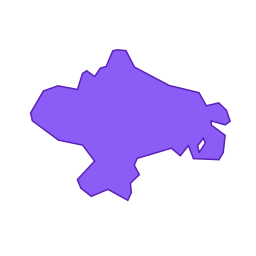 the border of Avellino, rotated 193°
{"feature_id": "ITA-5399", "entity_name": "Avellino", "entity_type": "Province", "adm_level": 1, "iso_a3": "ITA", "parent_name": "Italy", "parent_adm1": "", "projection": "albers", "projection_center": [15.029, 41.0], "detail": "coarse", "context": "isolated", "style": "filled", "palette": "violet", "viewbox_px": 256, "rotation_deg": 193, "n_neighbors": 0, "source": "natural_earth", "source_scale": "10m", "svg_char_len": 728}
<svg xmlns="http://www.w3.org/2000/svg" viewBox="0 0 256 256"><g transform="rotate(193 128 128)"><path d="M34.0,152.9L48.6,153.6L47.5,149.6L31.7,142.7L29.7,125.4L32.2,117.6L57.3,112.9L65.2,124.4L70.8,112.7L81.2,118.1L112.3,100.4L113.5,93.1L106.5,85.1L113.2,74.6L110.2,65.8L111.9,57.5L133.8,63.7L148.4,53.1L160.4,58.8L165.7,66.3L153.1,88.2L168.3,101.1L192.9,100.5L222.8,113.5L226.3,120.8L218.7,145.1L205.8,153.3L185.9,154.2L184.6,170.9L181.1,174.5L172.1,170.6L168.4,180.1L163.1,183.0L160.2,199.8L155.9,201.8L147.4,202.9L135.4,188.8L97.6,178.7L66.8,178.4L56.6,167.3L45.3,172.9L36.1,167.4L30.0,157.6L34.0,152.9ZM52.3,135.0L56.2,126.3L53.1,120.3L49.3,130.8L52.3,135.0Z" fill="#8b5cf6" stroke="#5b21b6" stroke-width="1.5"/></g></svg>